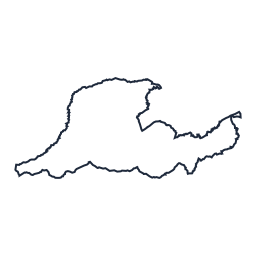 the district of Paulesti, Vrancea, Romania
{"feature_id": "2599482B74824267057169", "entity_name": "Paulesti", "entity_type": "district", "adm_level": 2, "iso_a3": "ROU", "parent_name": "Romania", "parent_adm1": "Vrancea", "projection": "robinson", "projection_center": [26.578, 45.893], "detail": "fine", "context": "isolated", "style": "outline", "palette": "slate", "viewbox_px": 256, "rotation_deg": 0, "n_neighbors": 0, "source": "geoboundaries", "source_scale": "gbopen_adm2", "svg_char_len": 5879}
<svg xmlns="http://www.w3.org/2000/svg" viewBox="0 0 256 256"><path d="M192.0,173.4L192.5,172.7L192.7,171.5L193.2,171.3L193.1,171.0L193.3,170.6L193.9,170.6L194.7,169.8L194.5,168.7L195.1,168.1L195.2,167.4L196.1,166.7L195.8,165.6L196.3,164.2L196.0,163.9L197.7,161.9L197.9,161.1L197.8,160.9L198.6,158.5L200.1,159.5L200.4,160.6L201.2,160.6L202.8,159.1L203.8,159.2L205.7,156.8L206.5,156.3L208.8,156.7L209.9,156.4L211.7,157.4L212.6,156.0L214.8,153.8L216.1,153.5L216.9,154.6L219.5,153.6L220.6,153.6L221.3,153.9L222.0,153.7L221.6,153.3L221.8,152.4L221.6,151.9L222.0,151.9L222.0,151.6L221.6,151.6L221.4,151.2L222.8,151.0L223.4,150.3L225.0,149.6L227.3,149.3L227.8,148.9L230.8,148.2L230.4,147.7L230.5,146.8L232.6,147.2L233.6,145.7L234.1,144.4L235.6,143.0L236.1,140.5L236.1,139.5L236.7,139.3L236.1,138.9L237.8,137.9L238.4,137.2L238.8,135.5L237.6,134.5L238.0,134.1L237.7,133.6L236.4,133.6L236.7,132.0L236.5,131.2L237.1,130.2L236.2,129.8L236.5,129.3L237.0,129.5L237.6,128.8L236.8,128.0L235.0,128.0L234.9,126.2L234.2,124.6L232.9,123.9L231.2,119.9L231.1,115.9L232.8,116.2L233.8,117.1L236.5,116.5L238.4,116.6L240.6,117.4L240.4,113.7L239.1,111.9L235.1,114.0L230.4,115.7L228.6,117.0L226.3,117.9L222.1,120.2L220.6,121.8L220.4,120.8L220.2,121.9L219.5,121.7L219.4,122.0L219.6,122.6L219.1,123.6L219.1,124.9L218.3,125.0L217.9,125.5L218.3,126.2L216.5,127.4L216.8,127.8L215.0,128.5L214.5,127.7L213.5,128.8L213.2,128.5L212.8,128.6L213.0,129.1L211.7,129.4L211.8,129.7L211.5,130.2L212.3,130.7L211.0,131.6L211.1,131.9L210.7,132.4L208.1,131.7L207.9,132.2L207.2,132.2L207.2,133.1L206.5,134.2L207.0,134.9L207.0,135.2L205.8,135.4L202.2,137.6L200.3,138.2L199.6,137.4L200.0,136.4L198.8,135.2L198.7,134.5L197.3,134.6L197.6,136.4L196.9,137.1L194.9,137.3L193.4,136.4L193.6,136.1L193.2,135.8L192.3,135.7L192.4,135.4L191.3,135.7L191.4,133.4L190.2,132.5L186.9,134.2L186.2,133.7L185.2,133.9L184.7,134.6L183.9,134.5L183.8,135.3L183.0,134.9L181.8,135.4L180.8,135.0L180.1,135.4L179.3,135.2L179.2,135.8L178.7,135.8L178.5,136.2L177.8,136.6L177.5,137.2L176.0,137.3L174.8,137.9L176.3,132.8L175.5,132.4L175.5,131.1L174.0,130.5L174.0,130.0L173.6,129.8L173.1,128.6L171.2,127.7L170.6,125.9L168.9,125.1L167.8,125.0L167.2,125.3L166.3,125.1L166.2,124.4L165.5,124.0L164.8,122.9L160.5,121.7L160.4,121.1L160.0,120.9L158.3,121.4L155.8,121.5L153.7,122.4L149.8,125.7L148.0,126.9L147.5,126.9L147.2,127.4L144.8,129.2L142.2,130.8L141.5,129.6L139.8,123.8L138.8,121.4L138.9,120.7L138.5,119.5L136.9,117.5L137.1,116.7L137.3,116.3L138.0,116.5L138.7,116.0L138.9,114.7L139.4,114.5L139.0,114.1L140.0,113.3L142.0,112.9L145.6,110.2L148.2,109.0L148.2,108.5L147.2,107.7L148.6,105.6L147.5,104.5L148.9,104.2L149.1,103.9L148.5,103.3L146.8,102.6L147.3,102.0L147.6,100.7L146.6,99.9L146.7,99.4L146.1,98.3L146.5,97.8L145.9,97.3L146.4,96.0L146.9,95.8L146.9,95.0L147.4,94.3L147.6,93.5L149.4,92.5L149.3,91.5L150.0,90.4L149.6,89.7L151.9,89.8L152.6,89.3L152.7,88.7L153.4,88.9L153.8,87.0L155.0,87.7L155.6,88.4L156.3,88.1L156.3,87.4L157.0,86.7L158.8,88.2L158.8,88.7L159.3,88.8L161.0,87.9L160.6,86.9L159.2,85.2L157.8,84.5L156.0,84.5L153.3,83.7L151.9,83.8L152.2,82.3L151.9,81.8L147.4,79.2L146.1,79.3L146.2,79.9L143.4,79.7L142.1,80.5L138.2,80.8L137.0,81.5L134.7,81.1L134.5,81.7L134.2,81.8L133.0,81.6L130.5,82.3L129.2,81.4L127.6,81.9L125.2,79.8L124.1,79.8L123.6,79.3L122.1,79.8L120.2,79.6L115.4,78.1L111.6,79.9L109.5,79.4L107.4,80.2L106.6,79.6L105.8,80.2L102.7,81.0L101.8,82.8L100.3,83.2L97.8,83.3L96.8,84.2L95.8,84.2L92.8,85.5L92.0,86.5L89.4,86.4L86.1,88.0L85.0,86.9L82.4,87.3L80.4,89.5L79.2,89.5L78.1,90.9L76.8,91.3L76.6,92.0L74.5,92.2L73.9,93.9L73.2,94.0L73.3,94.4L72.1,95.6L72.5,96.9L72.1,97.6L72.1,99.1L71.2,99.6L71.9,101.7L70.7,102.2L70.6,103.1L69.8,104.2L69.7,105.5L68.6,105.9L67.8,107.8L67.7,109.4L69.1,109.8L69.1,110.7L68.3,112.2L69.0,112.0L69.4,112.4L69.0,112.7L69.1,114.0L68.7,114.9L69.1,115.5L68.2,116.2L69.0,116.9L69.0,117.5L68.8,118.4L68.2,118.9L69.1,119.9L68.7,120.7L68.5,121.9L68.6,122.5L66.2,123.6L67.0,124.4L66.4,125.9L67.2,126.3L66.7,126.6L66.7,128.1L65.0,130.4L64.0,130.2L63.0,130.8L63.0,131.4L61.0,132.5L61.0,133.7L60.0,134.9L60.0,135.7L59.3,136.2L58.9,137.1L59.6,138.0L58.7,138.3L58.7,138.7L57.9,139.2L57.6,139.9L57.8,140.4L57.2,141.6L56.4,142.1L56.4,142.8L54.1,143.6L53.5,145.1L51.2,145.1L50.8,146.7L50.5,146.8L50.2,147.6L49.7,147.5L49.0,148.0L48.9,148.5L48.3,148.4L46.7,149.7L47.3,150.6L46.5,150.8L46.8,151.4L46.6,151.9L45.8,151.9L45.6,152.5L43.6,153.5L42.7,154.7L41.1,154.9L40.6,155.8L37.7,156.3L37.4,157.1L36.5,157.9L36.3,158.4L34.6,159.5L31.7,159.5L30.1,159.9L28.3,161.4L25.8,162.5L23.3,162.3L20.7,164.1L19.8,164.1L19.2,164.9L16.2,164.7L15.4,169.8L16.3,170.9L17.8,171.7L18.8,174.6L19.5,175.1L19.5,175.7L24.5,172.5L25.6,172.7L26.4,172.3L28.4,173.0L29.2,172.9L31.3,174.7L32.8,175.0L34.4,174.0L37.8,173.2L39.5,172.7L40.0,172.1L41.2,171.9L41.6,170.9L42.4,169.9L44.0,170.5L46.6,170.0L48.5,172.1L49.4,175.1L50.4,175.4L52.3,176.6L53.8,176.7L55.3,177.8L59.0,177.9L60.8,177.6L62.0,176.3L63.0,176.3L63.7,174.6L65.0,174.1L65.1,172.7L66.0,171.6L67.9,171.1L69.9,171.6L72.2,172.7L74.6,172.0L75.5,170.1L76.6,169.0L84.2,165.5L87.0,164.6L88.7,163.2L88.7,162.2L90.0,161.8L92.9,165.0L94.9,166.0L97.4,167.9L97.9,168.0L99.0,167.3L103.1,168.6L105.5,168.2L109.6,170.9L114.2,170.3L117.2,171.6L120.8,171.3L122.0,170.6L126.1,170.9L127.5,170.4L129.7,171.2L132.2,170.0L133.7,168.4L134.9,168.3L137.2,167.0L137.5,167.3L137.4,168.1L138.9,169.9L139.4,171.3L143.4,173.5L143.7,174.0L146.1,173.8L149.5,176.3L152.2,177.6L153.9,177.0L154.8,177.5L156.5,177.1L159.2,177.9L160.6,177.3L162.0,175.8L163.6,175.1L164.5,174.2L165.4,174.5L165.2,173.6L165.6,173.5L165.4,173.7L165.7,173.8L166.4,172.8L168.7,172.8L172.9,170.2L174.2,169.0L174.7,167.4L177.0,165.4L177.4,164.5L178.9,163.2L180.0,163.3L181.5,164.4L184.1,165.2L185.2,167.4L185.7,167.6L185.3,168.5L185.4,169.1L185.8,169.1L187.5,170.9L187.6,173.1L187.9,173.8L188.9,173.4L192.0,173.4Z" fill="none" stroke="#1e293b" stroke-width="2"/></svg>